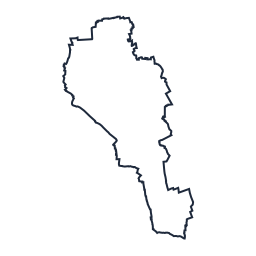 the district of Sam Phran, Nakhon Pathom, Thailand, rotated 269°
{"feature_id": "78962969B70843901453071", "entity_name": "Sam Phran", "entity_type": "district", "adm_level": 2, "iso_a3": "THA", "parent_name": "Thailand", "parent_adm1": "Nakhon Pathom", "projection": "orthographic", "projection_center": [100.203, 13.726], "detail": "fine", "context": "isolated", "style": "outline", "palette": "slate", "viewbox_px": 256, "rotation_deg": 269, "n_neighbors": 0, "source": "geoboundaries", "source_scale": "gbopen_adm2", "svg_char_len": 5832}
<svg xmlns="http://www.w3.org/2000/svg" viewBox="0 0 256 256"><g transform="rotate(269 128 128)"><path d="M104.5,166.4L106.5,165.6L106.9,165.1L107.4,164.1L108.1,164.1L108.5,164.6L108.8,164.6L109.5,162.9L109.8,162.5L109.7,161.9L109.9,161.3L109.8,160.9L110.0,160.4L110.4,160.3L110.4,159.8L111.2,159.5L111.6,159.2L112.4,159.3L113.0,159.0L113.4,159.3L113.9,159.2L114.3,158.9L114.5,159.0L114.6,159.4L114.9,159.8L115.3,160.9L115.4,161.7L115.5,162.0L120.1,171.3L121.0,170.6L123.2,171.2L124.3,171.2L125.6,169.9L125.9,169.4L128.9,168.4L130.7,168.1L131.5,167.8L132.0,167.4L133.6,165.7L134.0,165.9L134.3,165.1L134.5,165.2L134.9,164.5L135.6,164.5L136.4,162.9L136.8,162.4L138.5,163.2L138.4,163.6L138.9,163.5L139.0,163.8L138.9,163.9L138.1,164.1L138.0,164.4L138.5,165.2L138.9,165.0L148.4,165.2L149.0,166.3L149.5,166.2L149.9,167.0L149.5,167.3L150.2,168.4L150.6,168.6L150.4,169.0L150.6,169.4L150.5,169.6L150.8,172.4L161.7,166.5L164.1,170.8L170.8,167.3L172.9,167.3L173.5,166.0L173.8,165.8L174.2,165.8L176.1,166.7L177.1,165.5L177.5,164.8L177.6,163.9L177.6,163.3L177.3,162.5L178.8,161.9L179.8,162.3L180.4,162.6L181.3,162.7L182.5,163.2L182.9,163.2L183.5,163.7L183.8,163.8L184.5,163.8L185.9,163.6L186.2,163.2L187.1,162.8L189.1,161.5L189.9,160.7L190.2,160.1L190.5,159.9L190.9,159.6L191.4,158.1L191.7,157.7L191.6,157.4L191.8,157.2L191.9,156.2L191.8,155.8L192.4,155.7L192.9,155.8L194.0,155.6L195.3,155.7L197.2,155.0L198.8,154.6L198.1,152.2L197.1,152.0L196.3,152.0L196.4,151.2L196.2,149.5L196.3,148.5L197.5,148.7L197.8,146.5L196.7,146.4L197.0,143.4L198.2,143.2L198.5,143.0L198.4,141.9L198.0,141.2L197.7,140.1L196.1,140.0L196.2,138.2L196.9,138.2L197.4,137.5L200.1,137.5L200.4,137.4L200.6,136.0L201.4,135.1L203.0,134.4L203.1,134.5L203.6,134.3L203.7,134.5L203.9,134.4L205.0,135.9L206.6,135.1L206.9,135.1L207.8,136.9L207.8,138.1L210.0,137.6L211.9,137.5L212.6,137.2L212.2,136.3L211.2,134.9L210.9,135.0L210.0,133.4L210.0,133.2L210.6,133.1L212.7,133.5L213.6,133.7L214.3,133.6L214.6,133.3L215.2,133.4L214.8,132.7L214.6,132.0L214.6,130.0L214.7,129.9L215.3,129.6L216.4,129.3L216.5,129.3L216.6,129.6L216.7,131.8L217.5,131.7L217.6,131.9L217.8,131.9L219.1,131.6L219.3,131.7L219.7,131.7L221.9,130.7L222.3,133.2L224.5,133.0L225.8,132.5L226.1,133.4L227.3,133.2L227.6,134.4L228.7,134.2L228.9,135.4L231.3,135.0L231.2,134.5L231.8,134.3L232.1,134.0L233.1,133.8L233.8,133.5L233.7,132.2L234.2,132.2L238.1,130.8L237.9,128.3L237.4,126.3L238.1,126.0L238.0,125.5L238.9,125.2L238.1,123.6L237.7,122.1L239.5,121.7L239.4,120.5L239.5,119.9L239.4,119.1L239.0,119.0L238.6,116.7L238.4,116.6L238.1,115.4L238.4,115.2L238.0,113.5L237.5,110.8L237.5,110.3L237.9,110.2L237.8,105.7L237.4,105.5L237.1,104.1L235.7,103.9L235.9,100.4L234.8,100.1L234.8,99.9L235.6,99.9L235.6,99.5L235.0,99.6L234.8,98.8L234.4,98.8L234.4,98.3L233.6,98.1L233.7,97.7L232.2,97.6L229.7,97.4L229.3,94.7L228.9,94.1L228.7,93.6L228.4,93.4L217.7,93.8L217.4,93.6L216.8,79.4L217.1,79.2L219.3,79.1L218.6,77.0L218.5,72.0L215.7,72.9L214.2,73.8L214.0,73.5L212.1,74.1L212.3,70.4L209.3,71.2L207.6,71.5L207.2,71.7L207.0,71.4L204.5,71.3L200.2,70.5L199.0,69.9L198.7,69.4L196.3,68.7L195.2,68.3L193.8,67.7L193.1,67.2L193.6,65.7L192.4,65.2L192.4,64.9L191.0,64.7L190.8,65.5L190.7,65.5L190.4,65.2L190.2,65.4L189.8,65.3L189.3,65.4L189.0,66.1L186.6,65.2L186.3,66.4L186.0,66.4L184.5,66.3L184.2,66.2L182.8,66.2L181.5,64.9L181.0,64.2L179.2,65.2L175.4,64.2L175.2,64.2L173.5,65.5L172.6,66.4L171.8,65.7L171.5,65.9L170.8,65.8L170.1,66.0L169.9,65.9L169.0,67.2L168.8,67.0L168.9,66.7L168.0,66.6L167.4,65.6L166.7,66.1L166.1,66.6L166.1,67.3L165.5,67.7L163.5,71.3L162.0,73.0L161.4,72.8L160.6,74.1L159.3,73.6L158.6,74.4L156.0,73.0L155.0,72.6L154.4,72.5L153.3,72.4L152.4,72.6L151.7,73.3L151.3,74.2L150.8,75.8L150.3,76.8L150.4,77.6L150.4,78.1L149.6,79.8L149.2,80.5L146.2,84.3L140.5,90.0L135.7,95.2L135.1,95.1L134.9,95.6L134.0,95.9L133.5,97.5L132.3,99.8L131.7,100.5L130.8,101.6L128.9,103.3L124.8,107.3L124.1,108.2L122.4,109.5L117.2,115.8L116.2,116.3L115.9,116.5L115.5,116.5L114.3,115.6L111.6,112.9L111.3,113.0L111.4,113.7L110.7,113.8L110.6,114.4L107.8,114.5L107.8,115.1L105.6,115.4L105.7,115.7L102.8,116.0L102.7,115.6L101.3,115.5L101.1,116.2L100.2,116.3L97.0,116.0L97.0,118.9L93.0,118.3L91.8,118.3L90.5,118.6L90.1,120.7L90.1,121.5L89.9,121.7L89.5,124.0L89.8,127.7L89.7,127.9L89.5,128.2L89.6,129.0L89.8,129.5L89.6,130.2L89.3,130.8L89.2,131.5L89.0,132.3L88.7,132.7L88.9,133.2L88.9,134.1L88.4,134.6L87.7,135.9L87.1,137.6L85.9,137.0L84.0,136.6L83.1,136.1L82.8,136.7L80.4,140.1L78.3,138.1L77.5,137.7L77.3,137.9L76.9,138.0L74.6,138.3L74.2,140.7L74.2,141.3L73.4,141.2L73.5,142.4L72.2,142.4L67.7,143.1L66.0,143.2L66.0,143.7L60.8,144.1L59.3,144.5L59.3,144.9L56.0,145.2L55.9,145.4L54.5,145.6L54.4,145.8L52.8,146.1L52.6,146.3L51.4,146.4L51.3,146.5L46.3,148.6L46.3,149.1L46.2,149.2L43.1,149.4L39.3,150.0L38.5,150.0L38.3,149.1L36.5,149.3L36.3,149.3L36.3,150.1L35.1,150.0L32.3,150.7L31.2,150.7L30.7,151.0L30.1,151.0L29.1,151.1L27.0,151.1L26.6,151.6L26.2,151.3L24.2,154.0L22.6,155.3L23.0,155.8L23.2,157.6L22.9,158.6L22.6,160.7L22.7,161.7L22.4,163.1L22.7,163.9L22.7,165.4L22.4,166.5L22.4,166.9L22.3,167.2L21.4,168.0L20.6,169.7L19.8,171.0L19.1,171.8L19.2,174.3L18.7,176.0L19.0,177.5L18.9,178.0L18.6,179.0L16.6,182.0L16.5,182.7L17.9,183.0L19.0,183.0L19.0,182.9L20.1,182.9L21.3,182.4L22.0,182.6L22.1,182.3L24.6,182.7L24.7,183.7L29.0,183.6L28.9,184.2L29.8,184.1L29.8,185.0L32.4,184.8L33.9,185.2L35.6,185.2L36.0,185.8L36.6,187.6L37.6,190.6L43.0,188.7L44.2,190.9L48.2,189.5L49.3,190.3L49.8,191.0L50.3,191.4L52.8,191.8L57.8,189.9L62.0,188.7L66.0,188.0L63.5,180.7L62.5,177.7L65.7,177.4L67.3,177.1L66.1,174.1L65.6,172.5L67.2,172.1L66.7,170.2L65.3,167.1L68.0,166.3L71.6,165.5L71.8,165.3L74.2,165.0L74.4,165.2L78.4,164.6L81.6,163.9L84.0,163.6L93.6,162.9L93.9,165.9L95.5,166.9L99.6,169.1L101.5,167.4L102.5,167.1L103.1,166.7L104.5,166.4Z" fill="none" stroke="#1e293b" stroke-width="2"/></g></svg>